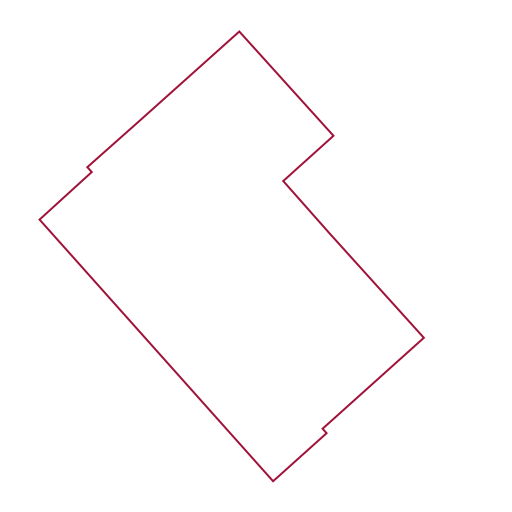 Edwards, Kansas, United States of America, rotated 48°
{"feature_id": "52423323B66155229514524", "entity_name": "Edwards", "entity_type": "district", "adm_level": 2, "iso_a3": "USA", "parent_name": "United States of America", "parent_adm1": "Kansas", "projection": "robinson", "projection_center": [-99.339, 37.91], "detail": "fine", "context": "isolated", "style": "outline", "palette": "rose", "viewbox_px": 512, "rotation_deg": 48, "n_neighbors": 0, "source": "geoboundaries", "source_scale": "gbopen_adm2", "svg_char_len": 315}
<svg xmlns="http://www.w3.org/2000/svg" viewBox="0 0 512 512"><g transform="rotate(48 256 256)"><path d="M77.6,253.9L77.1,321.9L83.7,321.9L84.1,392.5L434.8,394.0L434.9,322.1L428.9,322.1L429.1,186.0L288.9,186.2L218.5,185.6L218.5,118.0L78.0,118.2L77.6,253.9Z" fill="none" stroke="#9f1239" stroke-width="2"/></g></svg>